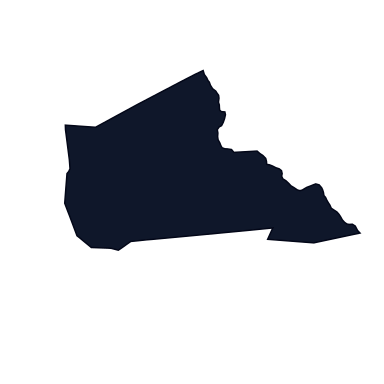 outline of Mulungu do Morro, Bahia, Brazil, rotated 328°
{"feature_id": "56859067B68595123472008", "entity_name": "Mulungu do Morro", "entity_type": "district", "adm_level": 2, "iso_a3": "BRA", "parent_name": "Brazil", "parent_adm1": "Bahia", "projection": "albers", "projection_center": [-41.471, -12.0], "detail": "fine", "context": "isolated", "style": "filled", "palette": "ink", "viewbox_px": 384, "rotation_deg": 328, "n_neighbors": 0, "source": "geoboundaries", "source_scale": "gbopen_adm2", "svg_char_len": 1654}
<svg xmlns="http://www.w3.org/2000/svg" viewBox="0 0 384 384"><g transform="rotate(328 192 192)"><path d="M77.2,185.7L91.7,195.5L93.7,197.0L98.7,202.3L101.7,202.2L105.6,202.0L108.2,201.8L113.9,201.5L121.8,205.4L128.2,208.5L132.4,210.7L163.0,226.1L218.5,253.9L231.0,260.1L241.5,265.3L231.1,272.2L253.6,288.8L268.4,299.7L271.5,300.8L312.7,315.8L312.0,312.3L312.2,309.7L312.4,307.4L310.9,304.3L308.0,302.7L306.4,301.2L305.3,298.6L304.7,295.3L304.9,291.4L304.8,288.6L304.3,285.7L303.1,283.1L301.5,279.6L302.0,275.9L301.9,273.7L302.0,270.3L302.4,267.4L302.0,264.9L303.2,262.1L303.9,259.5L304.2,257.1L303.6,253.3L301.2,250.7L298.8,250.2L295.8,249.7L291.9,248.9L289.2,248.8L286.6,248.8L284.3,248.1L282.5,246.2L281.6,244.1L280.6,241.9L279.2,239.2L278.6,236.0L277.6,232.2L276.0,229.0L276.4,226.1L278.2,224.2L279.2,221.3L278.2,218.5L276.0,215.9L274.1,212.7L272.2,210.1L270.0,208.1L271.4,205.5L272.3,202.6L271.5,198.8L269.9,195.2L268.9,191.8L248.5,180.6L248.0,176.9L244.7,174.1L242.8,172.8L240.9,170.4L241.1,167.7L241.6,165.1L241.8,161.5L243.1,158.6L245.2,155.7L246.5,152.5L249.6,151.2L252.2,151.4L255.4,149.5L258.4,147.1L261.3,144.2L262.3,141.5L259.5,139.4L258.8,137.3L260.0,134.9L261.3,132.6L262.0,129.9L264.6,126.7L265.8,124.1L265.6,121.3L265.6,119.0L264.2,115.3L264.2,111.2L264.9,108.0L264.6,105.9L265.0,102.9L264.7,98.9L265.8,94.9L257.3,93.9L242.9,92.7L192.5,88.9L169.5,87.5L144.5,86.0L133.9,78.3L131.4,76.5L127.6,73.7L120.0,68.2L117.7,72.2L115.6,76.8L105.1,99.6L100.9,107.6L98.3,109.3L95.8,110.1L85.6,123.9L78.1,134.1L76.4,142.7L75.6,147.0L71.3,168.2L72.3,170.9L74.4,177.3L76.4,183.2L77.2,185.7Z" fill="#0f172a" stroke="#020617" stroke-width="1.5"/></g></svg>